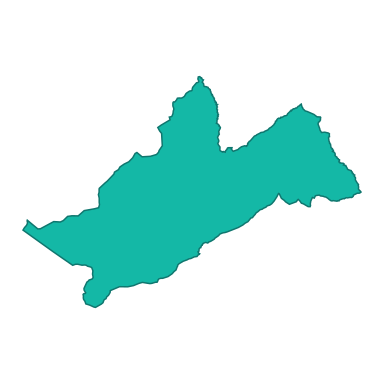 the district of Izvoarele Sucevei, Suceava, Romania
{"feature_id": "2599482B77536964142988", "entity_name": "Izvoarele Sucevei", "entity_type": "district", "adm_level": 2, "iso_a3": "ROU", "parent_name": "Romania", "parent_adm1": "Suceava", "projection": "equal_earth", "projection_center": [25.231, 47.765], "detail": "fine", "context": "isolated", "style": "filled", "palette": "teal", "viewbox_px": 384, "rotation_deg": 0, "n_neighbors": 0, "source": "geoboundaries", "source_scale": "gbopen_adm2", "svg_char_len": 6014}
<svg xmlns="http://www.w3.org/2000/svg" viewBox="0 0 384 384"><path d="M142.4,282.4L149.8,283.6L151.7,283.4L155.3,282.3L157.1,282.2L157.8,280.9L158.2,279.6L158.9,278.9L160.7,278.3L162.7,278.3L168.0,276.6L172.2,273.7L174.1,271.5L176.0,270.0L177.0,267.2L177.6,266.1L177.7,265.1L178.9,263.8L183.1,261.3L187.2,259.8L188.8,258.9L190.9,258.5L194.2,256.9L197.0,256.5L198.2,254.9L199.4,254.3L199.7,253.7L198.6,253.3L198.1,252.1L198.4,252.1L198.4,251.6L198.9,251.2L199.1,248.9L200.3,247.6L200.8,247.6L201.3,245.9L201.9,245.2L202.2,245.2L202.2,244.7L202.8,244.2L202.9,243.7L203.3,243.3L205.7,242.4L207.6,243.0L208.1,242.8L208.6,242.1L210.7,241.3L214.2,239.2L214.9,238.2L218.4,235.8L220.0,234.0L222.7,232.9L225.2,232.5L227.4,231.8L238.3,227.5L243.0,224.9L245.2,223.1L247.9,221.7L250.8,218.1L252.5,217.6L254.1,215.5L255.0,214.6L256.2,212.8L257.9,211.7L260.1,209.7L262.2,209.2L263.4,208.3L265.9,207.2L267.3,205.8L269.8,205.1L271.7,203.8L274.0,201.2L276.9,196.7L278.5,193.5L279.3,193.8L281.4,198.3L284.4,200.5L285.5,201.8L289.4,204.3L296.4,201.7L297.4,200.1L298.2,199.4L299.8,200.9L301.4,203.2L303.3,203.8L308.1,206.6L310.1,206.7L310.5,205.7L310.3,203.8L310.8,201.0L312.4,197.5L314.3,198.1L315.4,195.8L316.4,195.5L319.1,195.1L319.7,195.3L320.3,195.9L323.4,196.3L324.2,196.8L325.5,196.9L327.6,198.1L329.4,199.7L331.1,200.8L332.2,200.9L333.0,200.6L337.1,201.2L337.7,200.7L339.0,200.9L339.4,200.1L339.9,199.8L343.3,198.6L344.2,198.8L346.1,197.7L347.4,197.9L350.1,197.4L351.5,197.5L352.4,197.1L353.2,196.3L353.5,195.1L357.3,193.2L359.1,193.2L359.8,193.0L361.0,192.1L360.8,191.6L358.9,189.7L358.4,188.9L358.6,187.3L358.5,186.2L358.2,185.4L358.5,184.6L356.8,182.4L356.4,181.5L355.6,180.4L355.3,179.4L355.5,178.3L355.4,177.5L354.4,176.5L354.7,175.0L353.4,174.6L353.5,174.1L352.8,173.2L352.2,173.0L352.3,172.1L351.4,171.4L351.2,170.6L349.4,170.1L348.5,169.6L348.2,169.7L347.5,169.2L347.1,168.0L346.6,167.4L346.3,166.5L345.5,165.9L345.7,165.5L343.5,165.0L344.1,164.0L343.3,163.3L340.1,163.0L340.0,162.4L339.0,162.0L338.9,161.7L339.5,160.4L339.5,159.8L338.5,159.5L338.2,158.7L337.2,158.2L337.0,157.2L335.8,156.4L335.0,155.4L335.2,154.1L334.8,153.0L333.9,152.0L332.6,151.5L333.4,150.7L333.4,150.2L332.2,149.4L332.4,148.7L331.0,147.6L330.5,144.1L329.6,143.4L329.7,142.8L329.0,141.1L328.5,137.7L328.7,137.1L329.5,136.7L329.3,135.1L329.4,133.7L328.3,133.0L324.8,132.2L321.5,132.5L320.0,130.1L319.7,128.6L318.0,124.0L318.5,122.2L319.5,121.6L320.5,119.9L320.4,119.0L320.7,117.6L320.4,117.0L317.0,116.8L313.9,114.4L307.0,111.4L305.3,111.0L302.8,108.6L302.7,107.8L302.1,107.1L301.5,105.2L301.3,104.1L300.2,104.7L300.0,105.2L299.4,105.8L298.2,106.3L296.7,108.0L295.7,108.0L294.5,108.8L293.3,108.8L292.0,110.1L291.3,110.1L291.3,110.9L290.4,110.9L290.0,111.5L287.6,113.8L287.2,114.9L286.2,115.6L284.4,115.9L282.0,117.4L281.0,117.1L280.6,117.6L280.5,118.2L279.3,118.3L278.9,118.1L277.7,118.7L276.8,119.8L276.6,120.8L275.5,121.2L275.2,122.9L274.5,123.5L274.0,124.6L271.4,127.0L269.4,128.2L267.9,129.9L264.5,131.4L263.7,132.1L260.9,132.5L259.5,133.4L256.8,134.7L256.3,135.3L254.4,136.1L250.2,140.9L249.2,141.4L248.3,142.8L247.8,143.1L247.6,143.7L247.8,144.0L247.6,145.0L246.6,145.6L246.6,146.0L246.3,145.9L246.1,146.2L245.9,146.0L244.6,145.8L241.4,146.8L239.0,148.5L238.1,149.5L233.2,151.3L231.2,149.0L231.9,148.2L232.0,147.7L228.4,147.7L227.7,147.9L227.2,148.4L227.1,149.1L225.5,150.9L225.2,152.2L223.4,151.5L223.0,151.6L223.0,152.0L222.7,152.1L220.3,150.8L219.9,150.1L220.0,147.0L218.5,145.0L217.8,143.5L218.6,141.8L218.8,141.0L218.6,140.0L217.8,138.2L217.6,137.2L218.6,135.1L219.2,134.4L219.3,134.1L218.9,133.4L219.0,132.7L218.7,131.7L219.4,129.9L220.1,128.7L220.4,127.5L219.6,126.3L219.0,126.0L219.2,125.4L218.1,124.2L216.4,123.2L217.0,122.2L216.9,120.5L217.4,119.5L217.1,119.0L217.6,118.8L217.3,118.5L217.7,118.1L217.5,117.4L218.0,116.7L217.7,116.6L217.8,116.4L217.6,115.8L218.0,115.6L217.8,115.0L218.4,114.7L217.7,113.3L217.8,113.0L217.7,112.6L217.1,112.1L217.3,111.5L217.2,110.7L217.5,109.9L216.8,109.4L217.0,108.7L216.7,108.4L216.9,107.5L217.4,107.0L216.9,106.4L217.0,105.7L216.6,105.6L216.4,104.8L217.1,104.4L216.1,104.2L216.3,102.7L216.1,102.2L215.3,102.2L215.4,101.7L215.0,100.8L214.6,100.6L214.5,100.3L214.3,99.3L214.4,98.8L213.8,98.2L213.9,97.6L212.7,96.4L212.8,95.9L212.5,95.6L212.4,94.8L211.7,94.8L211.8,94.2L211.4,93.8L211.4,93.4L210.7,92.2L210.8,91.4L210.2,90.6L210.2,89.6L208.3,88.2L208.1,87.4L205.9,86.6L204.2,86.5L203.9,85.7L203.5,83.6L202.2,82.2L203.4,79.9L202.8,79.7L201.9,78.7L201.3,78.4L201.5,77.8L200.5,77.4L199.8,76.6L198.3,76.9L197.9,79.0L198.8,81.2L198.7,81.9L198.0,82.4L196.5,82.8L194.2,85.5L192.7,87.3L192.3,88.6L192.1,90.1L191.7,90.7L189.5,91.1L186.8,92.9L186.0,93.6L184.4,96.4L182.6,97.6L181.3,98.1L179.2,98.0L177.4,98.2L176.4,100.1L175.2,101.5L174.6,102.0L173.6,101.9L173.1,102.3L172.9,103.2L172.9,106.0L173.7,108.2L173.8,109.6L173.3,110.8L173.0,113.5L172.0,116.1L171.4,116.6L169.3,117.1L170.1,119.8L161.0,125.2L157.8,127.5L159.6,130.9L161.6,133.4L162.3,145.8L159.1,150.5L158.6,152.2L156.5,154.5L150.4,156.3L142.1,156.8L136.9,152.5L135.1,153.5L132.7,157.8L128.8,161.8L124.1,164.1L119.9,167.0L118.5,169.6L114.5,172.1L113.9,174.1L107.2,181.2L105.0,183.0L99.3,188.3L99.1,189.0L99.1,192.3L98.4,194.6L99.2,198.1L99.2,202.4L99.5,204.7L98.6,207.7L94.4,208.8L84.2,210.6L78.2,215.9L71.9,215.8L67.6,216.4L63.3,220.6L60.3,222.0L53.7,221.6L40.3,228.8L37.8,228.9L27.3,220.2L27.1,220.9L27.5,222.6L27.1,224.3L26.3,225.6L24.5,227.6L23.0,230.1L53.1,251.7L72.7,265.3L75.4,264.3L77.6,264.2L82.0,265.2L84.6,265.0L86.1,265.2L87.6,266.2L90.7,267.0L91.8,267.8L92.9,270.9L92.5,274.1L93.0,276.5L93.1,277.6L92.0,279.1L89.1,280.0L88.5,280.9L86.9,282.1L84.0,288.4L84.1,290.1L85.7,292.8L85.4,293.4L83.7,293.8L83.1,294.4L83.4,296.1L83.3,297.9L83.6,299.4L85.0,301.4L85.8,303.9L89.7,305.1L93.8,307.0L95.5,307.4L101.3,304.1L103.0,302.7L103.8,300.4L104.4,299.5L106.0,298.7L106.8,296.7L108.4,295.4L109.4,293.8L110.1,292.5L110.3,290.6L119.5,286.7L127.7,286.8L133.5,285.6L138.9,283.4L142.4,282.4Z" fill="#14b8a6" stroke="#0f766e" stroke-width="1.5"/></svg>